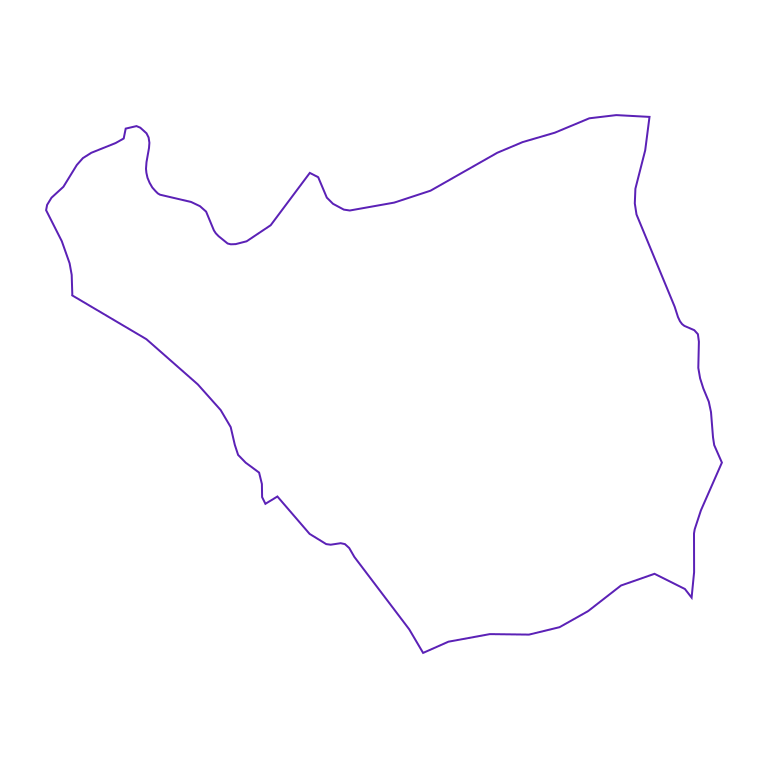 the Province of Ararat
{"feature_id": "ARM-1671", "entity_name": "Ararat", "entity_type": "Province", "adm_level": 1, "iso_a3": "ARM", "parent_name": "Armenia", "parent_adm1": "", "projection": "albers", "projection_center": [44.713, 39.934], "detail": "fine", "context": "isolated", "style": "outline", "palette": "violet", "viewbox_px": 768, "rotation_deg": 0, "n_neighbors": 0, "source": "natural_earth", "source_scale": "10m", "svg_char_len": 1458}
<svg xmlns="http://www.w3.org/2000/svg" viewBox="0 0 768 768"><path d="M691.6,597.6L684.9,589.0L654.5,573.8L621.0,585.5L588.1,611.1L582.8,614.1L559.5,627.2L529.0,634.6L489.9,634.1L448.4,641.7L423.1,652.9L409.2,629.3L354.4,557.0L349.2,548.0L344.9,544.1L340.7,543.2L330.7,544.7L326.2,544.1L309.6,533.9L277.4,496.5L265.4,503.8L262.1,497.1L261.9,484.0L259.1,472.6L245.7,462.7L238.1,454.9L234.8,444.8L230.7,427.1L220.7,410.1L197.8,384.4L146.4,339.2L72.2,295.4L72.2,295.1L72.3,294.3L71.7,274.9L69.6,263.3L61.8,241.2L46.1,210.2L47.1,204.9L51.5,197.7L63.4,186.8L76.8,165.0L82.9,158.1L91.3,152.8L115.7,143.0L123.7,138.5L125.7,128.6L136.5,126.1L140.3,127.7L146.5,133.3L148.6,137.5L149.4,142.8L149.0,148.0L146.5,162.1L146.0,168.8L146.4,172.8L147.5,177.8L149.6,182.8L152.3,187.5L155.6,191.2L157.8,193.4L160.0,194.7L191.2,202.0L200.0,206.2L206.1,211.6L213.9,230.4L215.8,233.3L218.6,236.2L227.6,243.5L230.8,244.3L235.7,244.1L246.6,241.3L270.7,225.2L309.8,172.9L318.2,177.2L326.8,197.6L333.0,203.8L343.8,209.6L349.8,210.5L394.2,202.6L430.5,190.7L497.2,152.8L522.6,142.1L554.8,132.7L589.3,118.3L616.3,115.1L649.5,116.9L645.2,150.3L635.4,188.7L634.8,203.4L636.5,214.5L674.7,306.8L678.0,317.1L680.0,321.3L682.1,324.1L684.4,325.9L694.3,330.2L697.9,334.2L698.9,341.7L698.3,367.9L700.1,378.3L703.3,388.4L708.8,401.7L711.0,412.1L713.0,437.2L714.2,445.1L721.9,462.6L700.9,510.4L694.7,529.3L694.0,533.5L694.1,572.2L691.6,597.6Z" fill="none" stroke="#5b21b6" stroke-width="2"/></svg>